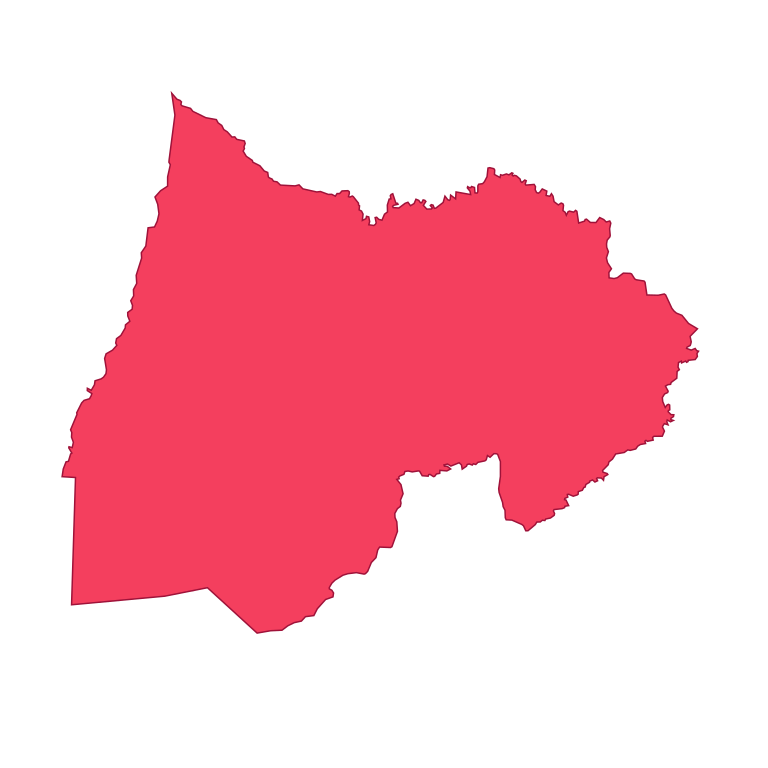 Mwingi West, Eastern, Kenya, rotated 97°
{"feature_id": "3690345B22198940380299", "entity_name": "Mwingi West", "entity_type": "district", "adm_level": 2, "iso_a3": "KEN", "parent_name": "Kenya", "parent_adm1": "Eastern", "projection": "albers", "projection_center": [37.946, -0.954], "detail": "fine", "context": "isolated", "style": "filled", "palette": "rose", "viewbox_px": 768, "rotation_deg": 97, "n_neighbors": 0, "source": "geoboundaries", "source_scale": "gbopen_adm2", "svg_char_len": 6125}
<svg xmlns="http://www.w3.org/2000/svg" viewBox="0 0 768 768"><g transform="rotate(97 384 384)"><path d="M194.7,179.8L196.1,183.2L194.0,185.9L192.5,190.2L197.9,193.3L198.5,198.9L195.7,203.1L196.2,204.4L197.9,204.8L200.5,210.4L189.1,213.6L188.3,215.0L190.3,216.7L189.8,221.0L190.6,222.3L194.3,223.6L191.5,225.1L190.1,227.5L184.7,227.6L183.3,228.4L182.8,230.2L185.0,232.8L182.3,237.4L177.0,239.1L174.7,241.0L177.5,242.3L177.1,246.1L172.7,245.9L171.1,250.7L174.7,252.8L175.8,254.1L175.4,255.9L172.7,257.6L169.6,257.7L167.6,259.3L169.3,267.4L168.2,268.2L164.9,267.6L164.4,269.1L167.1,271.6L166.4,272.9L164.0,273.9L161.3,277.9L161.0,280.0L161.8,281.2L161.0,282.3L159.2,281.7L158.8,282.9L161.2,285.5L160.6,288.1L162.4,291.9L162.1,293.8L164.9,294.0L162.6,299.9L158.1,300.2L156.9,301.2L156.4,305.4L157.0,307.1L165.7,307.0L171.0,309.0L173.1,310.5L174.2,314.4L175.9,315.0L181.8,314.3L183.2,314.9L183.2,317.0L177.9,318.1L177.3,321.2L178.6,321.8L178.6,323.5L177.9,325.0L179.2,325.2L182.2,322.1L185.4,321.1L184.6,335.9L191.5,335.5L188.4,340.9L192.9,340.8L193.8,341.5L193.3,343.2L190.1,346.4L196.6,347.4L203.2,354.1L203.5,355.4L200.5,357.1L200.2,358.9L201.2,359.8L203.4,357.5L204.5,358.3L205.2,362.8L201.9,366.7L197.7,364.7L196.7,365.9L196.5,367.6L199.5,368.7L199.6,369.9L197.5,371.9L196.7,374.8L201.2,376.1L203.8,379.4L200.7,382.4L202.1,385.1L207.5,390.7L207.8,396.4L206.6,397.1L205.4,396.1L203.9,392.0L203.0,392.6L203.0,394.3L194.1,398.5L195.0,400.0L196.3,400.7L199.4,399.7L199.8,401.4L206.0,402.5L212.8,401.5L215.4,404.2L221.7,406.0L221.2,409.3L219.4,411.6L219.9,413.1L225.0,411.4L226.6,412.0L227.9,413.4L227.8,418.5L224.6,418.0L220.0,419.5L219.7,421.8L222.1,422.1L224.3,425.4L217.9,425.5L215.1,427.4L214.2,429.9L210.1,430.0L209.4,431.1L207.6,431.4L201.8,437.3L201.3,438.4L202.6,440.6L202.4,442.1L199.0,441.6L197.3,442.0L196.5,443.4L197.5,449.2L200.4,451.3L200.7,453.8L203.5,455.2L202.1,459.0L202.6,462.4L200.7,470.6L201.6,474.1L200.2,488.3L196.7,492.6L198.2,496.4L199.2,511.0L196.4,514.8L196.2,518.4L194.2,520.1L193.4,522.9L192.6,524.0L188.2,525.2L187.2,528.8L182.5,533.8L179.9,541.1L178.1,542.0L174.8,548.4L170.0,552.2L167.3,551.2L165.8,551.9L162.2,551.1L159.8,552.2L159.1,560.0L156.9,562.2L157.4,565.0L152.8,570.3L151.0,574.0L147.2,576.5L145.0,580.5L142.0,582.6L141.4,593.3L136.7,606.9L134.0,609.6L132.5,618.4L131.3,619.7L128.7,619.4L127.4,621.0L126.6,624.2L121.3,630.1L142.6,624.3L187.8,624.6L190.1,624.5L192.4,622.8L204.8,624.0L214.0,622.9L219.4,629.3L226.3,634.1L233.2,630.5L242.5,628.1L250.0,628.9L256.1,630.9L257.7,637.2L276.1,637.2L283.3,640.9L288.6,639.9L306.3,643.2L314.3,641.7L320.8,644.2L327.1,643.2L332.2,645.5L336.6,643.2L340.5,643.1L344.2,647.1L347.7,646.6L352.7,643.9L356.8,647.8L360.0,647.7L367.9,651.1L371.6,655.0L376.0,655.3L378.2,653.9L383.5,657.6L387.9,663.5L392.7,664.4L403.7,661.2L407.6,661.2L411.4,663.2L413.4,665.4L416.0,671.2L420.1,671.3L425.9,673.8L424.4,677.9L426.7,677.7L429.1,672.8L431.3,673.2L434.5,674.5L436.8,679.7L439.7,681.8L450.0,685.5L451.6,685.0L467.6,689.5L470.2,688.0L474.8,687.7L479.7,685.2L485.1,685.7L484.7,689.0L485.8,689.1L490.6,685.4L491.6,686.5L499.2,687.8L500.0,690.1L507.5,692.0L515.2,692.2L514.4,678.8L641.2,667.2L621.3,575.7L607.7,534.4L646.7,479.6L642.7,466.4L640.8,455.2L635.7,450.0L631.8,444.0L629.4,437.1L624.5,433.6L622.4,425.4L615.2,422.8L605.0,415.7L601.5,408.7L597.6,408.6L595.1,410.6L594.0,413.3L592.7,413.5L588.1,411.5L584.6,408.7L578.8,401.5L576.7,396.8L574.6,388.4L575.1,380.6L574.5,379.3L572.0,377.4L562.7,374.8L557.3,370.8L549.5,370.0L546.4,368.5L545.5,357.6L544.5,356.3L528.6,352.7L519.2,354.5L515.2,356.8L511.2,357.5L506.1,355.5L503.5,352.9L500.2,352.6L497.2,353.5L490.6,351.7L481.8,354.9L477.1,359.7L476.2,357.4L474.6,358.1L473.4,357.1L471.2,353.2L468.3,352.6L467.4,349.5L467.8,345.3L466.1,339.3L466.2,338.1L470.4,334.9L470.1,328.9L468.5,328.6L468.1,327.3L469.9,323.6L469.5,322.5L466.9,321.0L465.9,317.8L462.9,318.0L462.6,311.0L460.2,307.5L458.0,311.2L458.2,314.0L457.0,314.6L455.7,311.2L457.3,307.6L453.0,299.8L454.8,297.3L459.0,296.0L455.5,292.1L453.7,291.6L453.0,289.7L453.7,286.5L452.3,285.6L452.7,283.1L450.3,281.2L448.0,274.5L446.8,273.3L442.4,272.6L443.8,269.8L439.8,266.5L439.5,263.9L440.0,262.6L446.8,259.0L461.5,257.2L474.0,257.4L477.7,256.5L487.1,251.9L491.2,250.8L494.6,248.5L502.0,247.3L503.9,246.2L503.5,240.5L506.6,230.1L507.7,228.3L512.4,225.4L512.1,223.2L505.1,216.7L502.4,215.5L501.9,212.1L499.9,210.2L499.9,207.7L498.3,207.0L496.7,202.4L493.6,199.1L491.8,198.9L489.3,200.4L487.9,199.9L486.0,192.0L484.7,189.7L483.3,189.5L482.2,185.9L477.0,189.2L476.8,190.7L475.5,190.6L473.9,187.8L471.3,188.6L470.9,187.4L472.3,182.5L470.6,178.8L469.8,177.9L467.1,178.0L465.3,174.2L462.3,173.0L461.8,171.8L459.1,171.4L456.5,168.0L455.4,168.0L453.8,165.3L455.6,162.7L454.0,160.2L451.9,161.5L451.1,160.8L450.9,156.7L452.8,154.4L449.2,154.3L446.6,150.8L445.7,151.5L444.8,155.9L443.2,156.5L436.8,151.6L434.0,151.3L430.7,148.1L425.2,145.5L422.7,137.2L419.7,134.0L419.9,131.6L417.8,126.2L414.8,124.6L412.8,122.2L411.2,117.1L409.0,118.1L408.0,117.1L408.8,115.6L406.9,110.0L404.3,110.9L403.0,109.7L401.9,101.4L396.6,99.9L392.9,102.3L391.7,102.2L389.2,100.9L389.9,97.1L387.0,98.7L385.2,98.5L386.6,95.0L384.9,92.4L384.4,95.0L382.9,94.9L381.1,92.7L379.2,92.6L379.4,95.4L376.9,98.6L375.7,98.5L374.8,97.2L370.1,97.9L369.5,99.1L370.2,100.4L373.0,102.0L367.5,105.2L363.5,106.1L359.7,104.3L357.9,101.4L356.5,101.1L351.8,104.4L350.1,102.2L349.4,99.5L347.5,99.2L342.6,94.1L335.8,94.6L333.8,92.6L331.4,94.2L326.8,94.3L325.1,91.7L326.8,91.2L324.5,87.4L325.6,86.3L324.7,85.0L323.4,84.9L321.8,78.1L318.5,76.3L315.6,77.1L313.1,75.8L312.8,77.7L310.8,79.5L312.9,83.2L311.8,88.0L310.5,87.7L308.5,84.8L306.7,84.4L304.7,84.2L299.4,86.0L291.0,79.6L286.8,89.1L279.5,96.7L278.0,102.4L276.2,105.1L273.8,107.5L261.3,115.3L260.5,116.8L262.5,122.7L263.6,133.9L251.2,137.3L250.1,138.4L249.8,146.4L249.1,148.0L244.6,151.7L244.2,153.0L244.8,160.0L250.1,165.4L251.3,168.5L251.2,173.5L245.9,174.4L241.9,172.3L236.4,176.9L231.8,178.6L225.3,177.4L221.2,179.6L217.8,180.2L214.0,180.0L210.4,177.7L208.9,177.6L202.4,179.0L196.7,178.5L194.7,179.8Z" fill="#f43f5e" stroke="#9f1239" stroke-width="1.5"/></g></svg>